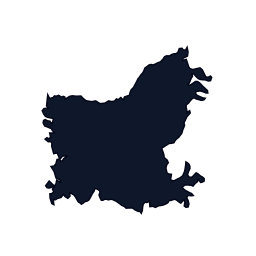 outline of Três de Maio, Rio Grande do Sul, Brazil, rotated 15°
{"feature_id": "56859067B28717369395740", "entity_name": "Três de Maio", "entity_type": "district", "adm_level": 2, "iso_a3": "BRA", "parent_name": "Brazil", "parent_adm1": "Rio Grande do Sul", "projection": "equal_earth", "projection_center": [-54.244, -27.716], "detail": "fine", "context": "isolated", "style": "filled", "palette": "ink", "viewbox_px": 256, "rotation_deg": 15, "n_neighbors": 0, "source": "geoboundaries", "source_scale": "gbopen_adm2", "svg_char_len": 4183}
<svg xmlns="http://www.w3.org/2000/svg" viewBox="0 0 256 256"><g transform="rotate(15 128 128)"><path d="M205.8,167.3L207.2,164.2L209.0,161.8L208.9,159.5L210.4,160.3L212.3,161.8L214.0,160.9L215.3,159.4L214.6,157.1L212.3,156.0L210.1,155.5L207.3,154.1L205.4,153.7L204.0,156.2L202.6,158.9L199.9,159.7L197.6,157.9L197.7,154.2L198.3,151.2L197.6,148.8L195.9,146.9L194.4,146.3L192.7,145.8L193.2,148.1L193.7,152.2L193.9,155.6L193.5,157.9L193.2,160.0L191.1,162.7L188.6,164.8L186.6,166.7L184.9,167.4L182.5,167.0L181.9,161.5L179.3,161.9L177.3,161.3L175.0,157.0L174.9,153.6L175.9,151.1L174.1,148.8L172.3,148.0L170.5,147.1L169.6,144.6L168.1,142.3L165.7,138.8L167.3,137.1L169.2,135.0L171.7,132.3L174.0,131.5L176.1,130.4L176.9,127.6L177.9,125.8L179.3,124.0L180.2,121.8L181.3,119.3L181.4,115.1L182.0,110.9L180.7,108.5L181.3,105.5L182.0,101.7L183.3,99.3L184.2,97.4L183.1,95.4L181.0,97.6L180.1,95.5L178.8,93.0L178.2,90.6L179.9,88.5L180.9,86.0L182.1,83.6L183.8,81.6L186.7,82.3L188.9,82.2L190.7,82.4L192.5,82.0L194.1,81.1L194.9,79.3L192.1,79.5L188.9,79.0L186.2,78.6L184.5,77.3L184.0,75.2L185.5,74.6L187.9,73.6L190.3,73.5L192.5,73.7L194.1,74.0L196.0,73.5L195.0,71.2L193.3,70.4L191.7,69.5L189.7,68.5L187.8,67.3L185.3,65.8L183.0,65.1L181.1,65.6L179.2,67.9L176.8,70.7L175.0,70.8L175.7,67.4L176.2,63.6L176.9,61.3L175.7,59.1L177.4,58.7L179.3,59.9L181.5,61.3L183.2,62.1L185.2,62.4L187.5,62.1L190.1,61.5L191.7,61.6L193.3,61.8L195.5,60.9L195.7,57.4L194.1,56.5L192.3,58.3L189.9,58.5L184.7,52.6L182.0,51.3L175.4,54.8L172.4,54.6L170.7,53.1L166.5,46.6L163.7,48.5L162.9,46.6L166.8,43.1L166.3,39.0L164.2,34.8L163.5,37.6L161.4,38.5L159.6,37.0L157.0,38.0L156.6,42.3L154.8,43.9L153.2,44.4L151.3,45.6L149.3,47.7L146.8,48.2L144.9,49.6L144.1,52.2L142.3,55.6L139.6,57.5L137.6,59.4L135.6,60.7L133.6,60.7L131.8,61.9L130.5,63.7L128.8,65.7L128.5,69.0L127.8,71.3L126.6,73.6L126.0,75.7L125.0,77.6L124.4,80.6L123.8,83.3L122.8,87.5L121.3,90.1L120.8,93.0L121.0,95.9L116.5,99.0L116.4,101.9L114.7,101.3L113.2,100.4L111.3,103.1L109.3,102.9L108.0,105.5L105.5,106.7L102.3,106.8L99.2,110.0L94.7,111.7L89.8,110.2L86.0,112.0L80.3,112.5L76.2,110.6L74.3,109.3L69.8,110.7L65.9,111.3L63.5,112.5L61.3,114.8L60.0,116.5L58.9,114.4L57.2,114.2L55.7,115.4L52.6,114.4L50.4,115.9L48.7,116.0L47.7,118.0L44.7,119.8L41.9,116.7L43.6,127.7L45.8,129.3L41.8,131.0L40.7,133.5L42.9,136.2L45.2,138.1L47.7,138.5L53.5,138.1L53.7,141.3L53.3,143.8L50.7,141.6L48.6,141.9L45.9,141.3L44.5,142.5L44.7,145.0L46.9,147.5L54.2,148.4L55.5,149.9L58.3,151.9L53.6,153.1L55.5,156.7L54.5,159.0L52.3,158.3L50.8,160.2L54.5,161.9L57.1,161.1L58.5,162.5L59.0,165.3L60.7,168.2L62.9,172.0L66.1,170.4L70.2,175.9L67.6,176.7L67.6,181.4L66.3,184.0L63.6,185.1L66.1,187.5L68.1,189.4L71.4,194.9L76.0,195.7L76.7,198.0L72.6,196.8L72.9,200.2L72.0,203.2L70.8,206.6L72.9,208.9L71.1,211.3L69.6,211.8L70.8,215.7L73.9,220.7L76.2,221.2L74.4,216.7L76.6,216.0L77.9,214.4L81.3,212.4L82.7,208.8L84.7,210.4L88.1,211.5L89.6,208.9L88.4,205.5L91.1,206.1L93.1,206.6L94.5,207.7L96.0,209.1L97.5,210.7L99.2,212.3L101.1,212.8L102.7,213.7L104.0,212.4L105.1,210.6L107.7,209.0L108.9,207.5L109.5,205.3L110.0,203.0L110.7,200.1L111.6,197.8L111.6,195.1L113.7,194.9L115.9,195.5L117.6,196.7L117.4,200.3L119.4,203.0L120.9,204.7L122.6,204.2L124.0,202.8L125.8,202.4L127.5,202.5L129.2,201.6L131.1,201.0L132.7,201.3L135.2,201.7L137.5,202.5L139.6,203.3L142.0,204.3L144.7,204.7L146.8,205.9L149.2,205.2L151.7,204.4L153.5,204.2L155.4,205.1L159.1,205.9L161.4,205.6L162.9,206.9L163.2,204.2L162.6,200.6L162.4,198.0L163.4,195.4L165.4,195.1L167.7,193.2L169.5,198.3L172.2,197.2L175.0,197.6L177.7,195.2L180.1,194.2L182.2,193.1L184.0,191.7L185.9,189.8L186.4,187.5L188.5,186.7L190.4,185.3L192.1,184.7L193.9,185.2L196.7,186.4L198.5,186.9L199.4,185.1L200.6,182.7L202.1,184.8L202.5,188.7L204.5,189.6L206.5,188.7L206.5,185.6L204.9,182.6L202.7,180.0L203.3,177.9L205.0,177.3L206.9,177.0L208.5,176.3L206.3,174.8L204.4,174.6L202.2,174.0L199.8,173.5L197.1,172.4L195.7,171.1L197.6,168.4L200.5,167.5L202.1,167.3L204.0,166.9L205.8,167.3ZM70.2,175.9L72.1,172.0L77.1,170.5L75.3,172.3L73.8,174.3L73.2,176.5L71.6,177.6L70.2,175.9ZM72.0,203.2L65.6,199.6L63.4,205.1L65.3,206.6L67.5,206.4L72.0,203.2Z" fill="#0f172a" stroke="#020617" stroke-width="1.5"/></g></svg>